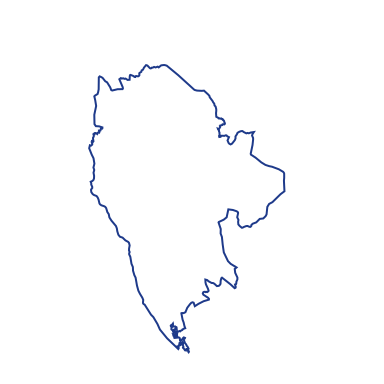 the district of Kasenga, Katanga, Democratic Republic of the Congo, rotated 155°
{"feature_id": "63176286B77262619841164", "entity_name": "Kasenga", "entity_type": "district", "adm_level": 2, "iso_a3": "COD", "parent_name": "Democratic Republic of the Congo", "parent_adm1": "Katanga", "projection": "equal_earth", "projection_center": [28.249, -10.367], "detail": "fine", "context": "isolated", "style": "outline", "palette": "blue", "viewbox_px": 384, "rotation_deg": 155, "n_neighbors": 0, "source": "geoboundaries", "source_scale": "gbopen_adm2", "svg_char_len": 5979}
<svg xmlns="http://www.w3.org/2000/svg" viewBox="0 0 384 384"><g transform="rotate(155 192 192)"><path d="M155.1,303.7L161.5,317.2L163.0,318.5L164.5,319.2L166.4,319.8L169.5,319.0L170.1,320.1L172.4,320.3L173.5,321.4L175.1,321.3L175.9,321.7L176.6,321.4L177.3,321.5L177.8,322.0L179.0,325.5L180.0,326.4L183.0,325.0L184.7,323.6L186.2,323.5L187.2,322.3L189.3,322.1L189.7,321.7L190.3,320.1L191.2,319.6L192.0,319.6L193.6,320.7L194.2,320.8L194.8,320.2L195.5,320.6L196.1,321.9L198.2,324.1L198.8,324.1L199.5,323.2L201.1,320.1L203.0,320.8L204.3,322.9L205.4,323.1L206.4,324.2L207.7,324.4L208.3,325.3L210.2,324.9L210.5,316.2L210.9,315.0L211.5,314.6L216.0,316.6L221.4,317.7L222.1,318.5L221.9,321.5L222.6,327.3L223.8,329.0L224.8,333.2L225.6,334.4L226.8,335.8L228.0,335.3L233.2,324.5L235.0,322.0L236.2,320.7L239.0,320.4L240.1,320.0L240.9,316.2L242.5,310.5L247.9,303.3L251.7,294.7L251.3,292.3L248.5,290.8L245.9,288.4L246.4,287.5L246.8,287.4L247.3,287.9L247.8,287.9L249.0,286.4L249.4,286.4L249.7,286.8L250.3,287.0L250.7,285.3L251.0,285.0L251.7,285.6L252.3,285.5L253.4,284.6L254.0,285.8L254.6,286.3L255.3,286.5L255.8,285.7L256.4,286.2L256.9,286.1L257.2,284.4L257.8,283.6L258.6,283.2L259.0,282.6L259.9,279.6L260.3,279.4L260.2,280.6L260.9,280.7L261.2,279.5L261.8,279.6L261.9,279.2L262.1,277.6L262.5,277.1L264.0,276.7L264.8,277.5L266.7,275.1L267.1,268.3L267.0,264.2L268.5,258.9L271.0,255.8L271.2,253.7L271.5,253.0L273.1,251.1L273.9,248.0L275.1,245.7L276.2,244.6L277.6,244.1L279.5,244.1L279.6,242.5L280.2,241.3L280.2,239.0L280.7,237.8L282.4,236.9L282.8,236.1L283.3,234.4L282.9,232.1L282.2,230.8L280.2,228.7L279.8,226.8L279.9,224.6L280.7,220.8L280.6,219.8L279.8,218.3L277.6,216.2L276.9,215.2L276.6,213.7L277.2,209.6L276.8,207.1L277.6,203.9L277.1,200.1L275.3,193.3L275.5,190.7L276.3,188.0L276.8,184.4L276.2,181.9L274.2,180.0L272.8,176.3L270.9,173.7L270.6,172.5L271.1,169.9L272.9,167.4L273.8,165.7L273.9,163.9L274.8,163.1L275.3,162.0L275.3,159.3L277.2,152.5L277.3,149.0L278.7,145.6L279.4,140.9L279.3,138.3L281.4,130.5L282.3,125.3L282.2,121.8L281.7,117.2L281.8,114.8L283.0,112.8L283.4,111.7L283.2,110.9L282.5,109.9L281.0,98.1L279.9,95.0L279.1,87.0L279.2,80.9L276.4,69.9L270.8,55.5L270.0,56.1L269.9,56.6L269.8,57.4L270.4,57.7L270.4,58.2L269.6,58.0L269.1,58.4L268.5,58.1L267.6,58.3L267.3,58.1L266.7,58.2L266.6,58.6L266.9,58.9L268.1,59.0L267.1,60.5L266.5,60.6L266.5,59.8L266.2,59.5L265.7,60.0L265.3,59.8L265.4,59.4L265.0,58.7L264.5,58.8L264.7,59.6L264.1,59.9L264.0,58.7L264.4,57.9L264.9,57.4L265.2,55.3L265.9,55.0L266.0,54.5L265.6,53.8L265.3,51.8L264.7,51.9L264.5,52.5L264.7,51.4L264.5,51.0L263.4,52.1L262.7,51.7L262.7,50.2L262.9,48.7L262.8,48.2L262.3,48.5L262.2,50.8L261.3,51.4L261.4,53.9L261.8,54.8L261.7,56.2L262.2,58.1L261.9,61.2L262.1,61.6L261.7,62.1L260.4,62.3L260.0,62.7L260.9,63.7L262.1,63.3L263.0,62.4L264.1,62.7L264.3,62.2L265.1,61.9L265.6,62.5L265.0,64.2L264.9,65.1L265.1,65.4L266.5,66.5L266.2,68.4L267.2,68.2L268.2,67.3L268.5,67.3L268.0,66.6L269.5,67.1L269.7,67.4L269.1,68.5L269.1,68.9L269.6,69.5L269.5,70.0L269.2,70.0L269.2,70.5L268.1,69.2L266.9,69.1L267.1,68.8L267.8,68.8L269.1,69.6L268.4,69.0L267.6,68.7L266.0,68.9L265.4,69.8L267.3,70.2L268.1,70.0L268.6,70.7L268.5,71.5L268.1,72.3L268.2,73.4L267.8,74.7L268.5,75.6L268.7,76.4L268.1,77.3L267.1,78.0L267.9,78.9L267.8,79.8L267.4,80.1L266.0,80.2L264.9,80.8L265.0,80.4L265.5,79.6L266.0,79.2L265.7,78.9L265.7,78.1L265.2,77.6L264.2,77.4L264.0,76.4L263.4,76.3L263.2,75.9L263.8,74.2L264.0,74.9L264.5,74.4L265.3,75.0L265.6,74.9L265.6,74.3L266.5,74.7L266.9,73.6L266.9,73.4L266.5,73.6L266.7,72.9L266.7,72.3L266.5,72.0L264.3,71.7L263.5,71.3L262.0,71.3L261.6,70.7L260.8,71.0L259.3,71.0L258.9,71.4L258.4,71.3L257.7,71.6L255.7,71.4L255.5,73.7L254.7,77.4L254.5,80.2L252.9,86.6L252.3,86.6L250.9,85.8L248.8,85.8L245.2,89.1L241.2,91.2L239.4,91.9L238.1,91.8L237.3,91.0L237.7,87.3L233.4,87.9L227.6,88.1L222.2,87.3L221.8,87.9L222.1,89.3L225.1,94.1L225.1,95.5L224.1,96.4L223.3,96.4L222.4,96.1L221.8,95.4L220.8,95.3L220.5,94.9L219.2,95.1L218.7,95.5L218.4,97.6L218.4,102.4L218.0,104.3L216.9,107.0L215.4,105.7L214.8,104.2L212.7,101.3L211.4,100.6L210.5,99.4L209.2,96.2L207.4,95.6L206.1,96.0L205.0,96.7L203.5,99.5L201.8,101.5L201.0,101.7L196.2,92.2L194.0,86.8L193.1,86.8L192.5,87.4L192.1,90.0L191.1,89.9L190.6,90.3L189.7,91.9L187.8,93.6L187.0,95.3L187.0,100.5L185.8,104.2L183.5,104.8L187.3,110.5L188.6,114.1L188.7,123.8L186.4,131.4L183.9,138.6L183.6,142.3L181.6,146.3L180.8,153.2L180.4,153.5L175.0,153.5L171.3,154.4L166.4,160.9L162.5,158.4L159.6,155.6L158.9,154.1L159.2,153.3L161.7,150.0L161.7,147.1L162.8,145.5L163.7,143.0L163.1,140.9L161.9,138.5L161.1,138.3L159.8,138.4L157.2,138.2L156.0,137.7L154.7,136.2L153.7,135.7L152.6,136.2L152.1,137.0L150.4,137.6L146.6,137.3L142.0,139.0L138.6,137.9L135.5,139.0L133.9,140.2L130.0,146.7L127.1,148.6L123.4,148.8L112.7,152.6L107.9,153.6L103.9,163.4L102.5,165.8L100.7,169.7L100.6,170.7L100.9,171.8L103.7,175.9L108.8,181.1L111.1,182.8L114.0,185.5L116.7,189.6L119.8,196.1L122.8,201.0L122.6,201.9L117.3,209.0L114.5,213.6L113.8,215.1L113.7,217.8L112.7,218.9L110.6,220.2L113.7,221.1L115.7,221.2L116.8,222.1L118.0,222.2L119.8,224.5L120.5,225.9L121.7,226.4L123.7,226.6L125.7,226.4L127.1,225.2L129.1,224.0L129.9,222.2L131.3,220.9L135.3,218.9L136.9,218.8L137.8,220.0L138.1,221.0L138.0,223.7L135.3,226.1L136.5,227.6L136.8,228.7L137.4,229.1L138.9,229.2L141.4,230.5L142.1,230.4L142.8,229.9L144.0,230.3L143.8,231.4L142.7,232.1L142.6,233.0L142.0,234.1L141.9,235.5L141.5,236.5L141.9,237.7L141.8,238.4L141.3,237.8L140.8,237.8L139.1,238.9L138.9,239.9L138.5,239.9L138.3,240.3L136.3,239.9L135.8,240.4L135.2,240.3L134.2,239.6L133.7,239.7L133.1,240.4L133.2,241.5L132.9,242.8L133.2,244.3L133.5,244.3L133.6,245.3L134.1,245.4L134.5,246.4L135.5,246.5L136.2,247.4L136.8,247.5L136.9,248.2L138.2,249.9L136.9,253.3L135.7,255.3L135.0,256.9L134.5,259.5L135.0,260.9L134.5,262.7L134.9,264.3L134.9,265.7L135.9,270.4L135.6,271.5L136.0,273.2L138.3,278.8L140.3,279.5L144.6,281.8L146.4,283.3L146.8,283.9L155.1,303.7Z" fill="none" stroke="#1e3a8a" stroke-width="2"/></g></svg>